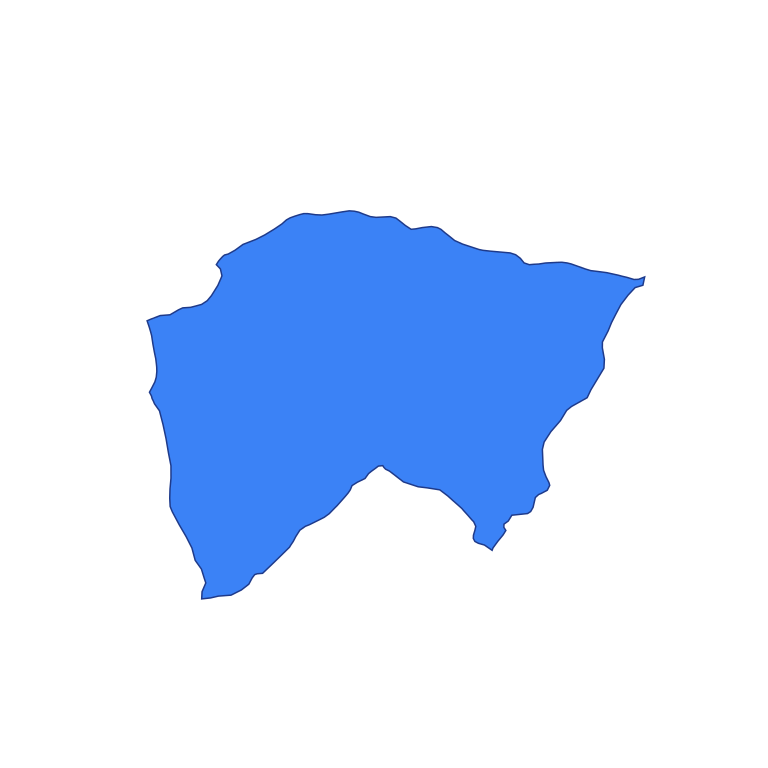 Yurung, Pemagatsel, Bhutan (orthographic projection), rotated 54°
{"feature_id": "84629894B71401387613270", "entity_name": "Yurung", "entity_type": "district", "adm_level": 2, "iso_a3": "BTN", "parent_name": "Bhutan", "parent_adm1": "Pemagatsel", "projection": "orthographic", "projection_center": [91.346, 27.042], "detail": "fine", "context": "isolated", "style": "filled", "palette": "blue", "viewbox_px": 768, "rotation_deg": 54, "n_neighbors": 0, "source": "geoboundaries", "source_scale": "gbopen_adm2", "svg_char_len": 2906}
<svg xmlns="http://www.w3.org/2000/svg" viewBox="0 0 768 768"><g transform="rotate(54 384 384)"><path d="M252.8,578.6L257.1,579.2L259.5,580.2L262.1,580.6L265.1,581.3L273.7,581.4L286.9,586.6L300.0,592.4L313.1,598.9L324.9,604.4L335.0,611.7L343.1,618.8L350.5,624.5L357.4,629.0L359.7,629.6L363.1,630.4L377.5,632.4L391.3,633.8L403.8,635.8L415.7,640.4L426.4,640.5L435.8,643.7L440.2,645.1L445.1,653.3L450.7,657.8L455.1,650.1L458.3,642.6L464.9,631.9L465.3,629.6L465.9,625.8L466.8,620.5L466.7,616.9L466.5,611.0L463.4,604.6L462.2,600.7L463.0,598.1L465.8,593.5L463.6,577.4L460.5,556.4L459.6,554.3L458.0,549.9L455.6,545.1L452.8,538.0L452.9,531.3L454.0,527.0L455.6,517.6L456.0,515.2L456.7,510.7L456.7,504.5L455.3,496.4L454.9,493.7L454.4,491.4L453.3,486.4L452.2,481.5L451.1,477.1L449.8,473.5L447.4,469.6L447.8,463.3L449.3,454.9L447.4,449.2L447.2,445.7L447.2,440.2L447.1,436.8L449.3,433.0L451.4,433.1L453.8,432.8L457.6,430.8L462.3,429.4L474.7,425.8L484.0,419.1L487.2,416.8L493.4,410.1L502.4,401.1L512.0,398.2L519.1,396.7L525.3,395.3L530.4,394.2L533.2,394.0L539.5,393.3L545.6,392.8L548.1,392.4L553.1,393.4L555.6,396.2L558.9,400.5L561.4,402.5L564.8,403.0L568.3,401.3L573.3,397.4L582.1,394.3L580.7,392.2L578.2,384.5L576.1,376.4L574.1,371.5L570.4,371.3L567.9,369.3L567.9,364.0L565.3,357.7L573.2,344.0L573.4,340.3L571.4,335.9L564.8,328.3L564.3,323.8L565.0,320.9L565.9,314.3L563.4,309.5L560.7,308.5L554.1,307.4L547.6,305.6L543.1,303.0L530.0,294.3L525.1,288.6L520.6,276.9L519.8,273.4L517.3,262.7L512.7,251.7L512.4,245.5L514.5,227.7L510.3,220.0L505.4,208.4L500.5,196.8L493.6,191.2L483.1,186.1L478.4,182.6L472.8,171.5L468.1,163.9L464.1,156.1L459.0,145.7L455.6,134.4L453.6,124.2L456.3,116.5L450.6,110.2L448.9,116.6L446.4,120.3L440.5,124.8L436.8,128.0L433.7,130.5L424.9,138.3L419.0,144.5L413.8,150.1L409.3,153.5L396.9,162.0L393.7,164.7L390.0,168.6L386.9,173.2L381.0,182.3L377.9,188.3L375.1,192.6L372.9,196.3L368.4,199.5L362.5,199.8L356.8,201.5L352.1,204.9L339.1,219.8L334.0,225.4L331.0,228.1L325.6,232.0L317.0,238.2L309.5,242.5L302.0,244.5L297.5,245.8L292.4,247.0L288.9,248.8L284.5,253.1L280.0,261.0L277.1,267.2L274.8,271.1L268.2,273.6L261.2,275.5L256.8,276.8L252.3,280.5L248.8,285.9L244.5,292.5L240.5,296.7L234.5,300.7L230.2,303.4L226.8,306.4L223.5,310.3L220.3,316.4L214.1,328.9L210.8,334.9L206.9,339.8L201.4,345.5L199.0,348.7L197.4,352.7L195.8,357.5L194.4,362.3L193.9,366.5L194.5,372.6L194.2,381.7L193.5,390.3L193.3,392.9L191.7,402.8L188.2,416.0L188.2,425.9L187.3,433.6L185.9,437.2L186.0,439.5L186.8,443.5L187.4,445.8L188.9,449.5L194.7,448.7L201.2,451.5L202.5,453.5L206.6,460.5L211.1,471.7L212.7,478.1L212.4,484.8L210.2,490.6L208.3,495.4L204.1,502.1L203.2,506.6L202.2,516.5L197.1,524.8L194.4,534.9L193.6,538.5L200.0,540.5L204.8,542.2L208.4,543.6L215.9,547.5L223.6,551.2L229.4,553.8L233.7,556.2L236.8,558.0L240.3,560.4L244.6,564.2L247.6,568.1L250.8,574.4L252.8,578.6Z" fill="#3b82f6" stroke="#1e3a8a" stroke-width="1.5"/></g></svg>